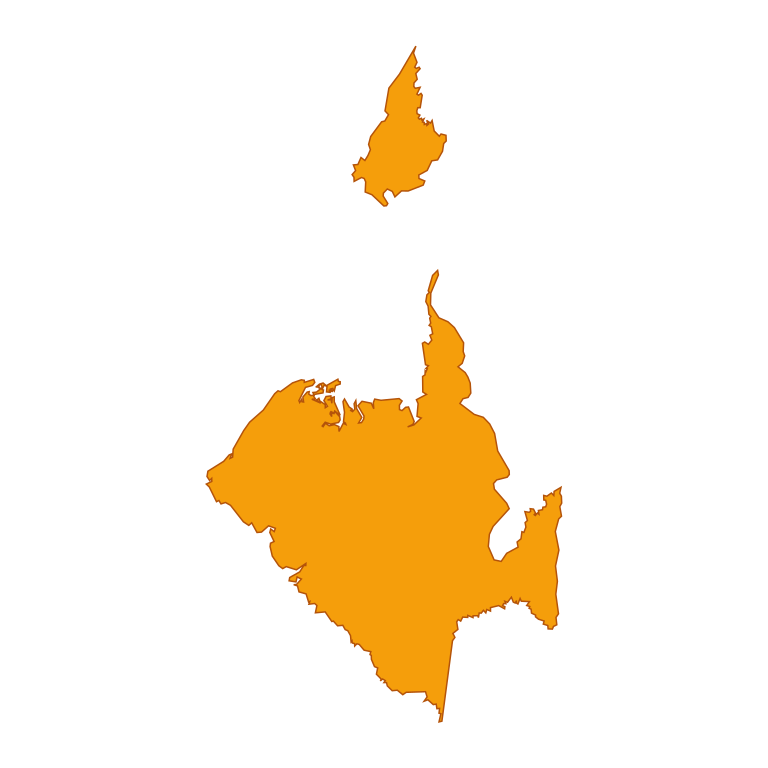 outline of Tumaco, Nariño, Colombia
{"feature_id": "7082276B11470740818947", "entity_name": "Tumaco", "entity_type": "district", "adm_level": 2, "iso_a3": "COL", "parent_name": "Colombia", "parent_adm1": "Nariño", "projection": "robinson", "projection_center": [-78.664, 1.822], "detail": "fine", "context": "isolated", "style": "filled", "palette": "amber", "viewbox_px": 768, "rotation_deg": 0, "n_neighbors": 0, "source": "geoboundaries", "source_scale": "gbopen_adm2", "svg_char_len": 6113}
<svg xmlns="http://www.w3.org/2000/svg" viewBox="0 0 768 768"><path d="M561.0,487.3L554.1,491.4L553.8,495.5L551.4,493.0L546.9,496.2L543.7,495.4L543.8,500.0L545.7,500.3L546.6,504.2L545.7,506.8L542.9,507.2L542.5,509.7L538.4,510.5L538.9,514.2L537.5,513.0L535.3,515.5L534.2,514.7L535.5,513.1L533.5,509.1L530.2,508.7L530.6,511.3L529.2,512.3L524.9,511.6L527.4,520.5L525.1,522.6L525.9,527.1L523.9,532.4L521.9,531.7L521.0,538.8L517.1,542.0L518.1,547.1L506.7,553.3L501.2,561.4L494.1,559.9L488.3,546.5L489.4,534.3L493.1,526.4L509.2,508.7L506.7,503.3L494.4,489.2L493.5,483.5L496.7,479.9L507.2,477.2L509.3,474.5L509.1,470.6L497.7,451.0L494.6,433.5L489.7,424.0L483.3,417.3L474.2,414.4L459.9,403.5L463.0,398.7L468.1,397.4L470.8,393.1L470.2,383.1L467.9,377.1L465.2,372.6L458.0,366.8L462.2,363.3L464.7,355.9L463.2,351.6L463.6,342.8L454.4,327.6L448.0,321.8L438.9,317.8L430.5,304.9L430.8,293.1L438.4,274.9L437.6,270.4L432.6,275.4L428.2,290.8L429.3,292.4L426.9,294.9L425.8,301.6L428.1,306.1L428.9,314.3L430.9,316.4L429.7,318.2L430.7,323.1L429.1,325.4L431.3,326.7L432.7,333.8L429.9,335.3L431.8,340.1L428.4,344.3L424.7,342.0L422.4,343.3L425.5,364.7L428.4,365.7L426.0,368.4L427.3,368.8L425.9,371.8L425.2,370.8L425.0,374.9L422.6,376.5L422.8,392.0L426.5,394.4L416.4,399.7L418.1,403.6L417.0,416.4L421.2,418.0L413.9,424.9L407.6,426.9L412.9,424.4L414.2,421.5L408.5,407.0L405.6,407.3L402.0,410.6L399.5,409.6L399.4,405.2L402.1,401.0L399.1,398.6L381.0,400.3L374.7,399.1L373.3,402.8L373.8,408.8L371.3,403.2L362.0,401.3L358.0,405.7L364.0,416.0L363.7,419.1L361.5,422.6L358.6,423.0L361.8,417.4L356.6,408.6L355.8,400.6L354.1,403.8L354.8,409.1L352.6,411.6L350.1,410.2L352.2,410.3L352.1,409.0L349.1,407.0L344.5,399.0L343.0,401.6L344.5,412.3L343.5,421.7L345.4,423.1L345.9,424.5L343.3,423.2L339.0,431.5L338.9,426.6L334.4,424.6L329.2,425.8L325.4,423.3L323.1,426.7L322.2,426.0L325.2,422.2L330.6,424.1L338.5,422.5L340.1,419.9L339.7,416.7L334.9,411.5L334.0,413.6L332.0,413.1L330.8,412.1L330.3,413.8L331.3,413.7L331.6,414.1L331.7,416.6L330.1,413.8L330.4,412.3L331.1,411.6L334.0,413.2L334.7,411.0L340.2,415.3L334.3,401.9L334.2,396.9L332.2,397.6L331.8,403.3L331.2,399.7L327.5,400.0L331.1,398.8L330.9,395.9L326.0,396.5L323.9,400.6L327.5,406.3L325.3,407.7L325.2,404.6L319.8,400.9L318.9,398.3L316.7,400.1L320.8,403.2L311.8,399.2L315.5,399.0L313.7,396.4L314.5,394.4L323.0,392.9L323.5,390.0L322.1,389.5L324.1,385.2L327.0,386.4L326.5,391.9L329.9,392.3L329.2,390.2L329.9,390.0L330.3,391.9L331.9,390.5L332.4,392.0L332.7,390.3L330.7,389.8L330.4,389.0L332.8,388.4L334.3,390.9L335.6,385.6L340.2,384.0L340.2,381.7L338.4,381.4L337.9,379.2L326.3,385.7L323.1,383.0L319.5,384.1L315.7,387.3L317.0,386.6L319.3,388.1L320.3,388.0L318.9,387.6L319.2,385.1L321.2,384.3L322.2,387.5L316.5,392.1L312.9,392.5L314.1,395.1L310.9,395.6L308.8,394.1L309.2,391.6L307.1,392.1L302.9,397.0L303.6,402.0L302.0,401.8L301.6,399.4L299.7,402.5L298.9,400.6L305.5,387.4L312.5,385.4L314.8,382.4L313.7,379.4L304.3,382.4L304.3,380.3L301.3,379.8L292.5,382.9L280.4,391.7L278.0,390.8L274.7,393.7L263.3,410.1L249.6,422.2L243.7,430.6L233.2,449.1L232.6,457.2L230.1,458.4L231.7,453.9L229.2,454.9L223.7,461.3L207.9,471.2L207.0,476.5L209.6,480.5L211.7,478.4L211.8,481.4L206.3,484.1L209.3,487.0L216.5,501.7L218.9,500.5L221.0,503.9L225.5,502.5L230.5,505.3L243.4,521.8L248.8,525.4L251.7,522.8L257.0,532.5L261.5,532.1L268.6,525.8L275.4,528.3L274.2,531.6L270.7,529.0L269.8,532.5L274.1,541.5L270.5,543.2L270.1,546.6L272.3,556.1L278.8,565.7L282.7,568.6L286.2,566.6L296.4,569.8L305.9,563.4L305.8,565.5L303.8,565.5L299.7,571.9L289.7,577.5L289.1,580.8L296.0,581.9L297.1,577.0L301.4,579.0L296.6,584.4L293.7,584.7L297.5,585.9L299.0,591.9L306.1,593.9L308.6,602.0L309.8,601.5L308.9,604.2L314.7,603.5L316.9,605.5L315.4,612.8L325.2,611.9L331.8,621.5L333.4,621.1L337.6,625.8L342.8,625.3L345.2,629.6L347.8,630.7L350.5,635.6L351.1,641.9L352.0,640.8L352.3,643.0L354.6,643.6L354.7,646.0L356.9,643.8L359.3,644.5L364.1,650.2L370.8,651.6L370.0,654.6L371.3,655.4L371.4,659.3L374.5,666.6L377.7,667.9L376.4,674.2L381.3,679.2L380.3,680.9L382.6,679.0L385.3,680.6L383.9,682.6L386.5,682.6L387.3,685.9L392.2,690.7L397.3,690.2L402.8,694.7L406.2,692.3L425.5,691.7L427.1,696.9L424.1,701.2L427.9,699.8L433.3,704.6L436.2,704.1L436.9,708.7L439.6,708.4L439.0,713.2L440.9,713.7L439.0,721.9L441.9,721.2L452.5,640.7L454.9,637.4L452.9,633.4L457.9,629.4L456.7,621.8L458.2,619.6L460.7,621.1L462.7,617.1L467.7,617.4L467.8,615.4L473.0,617.6L473.1,615.8L477.8,615.7L478.4,617.6L479.2,613.0L481.3,613.1L483.4,610.3L485.8,612.9L486.8,609.5L490.5,611.1L490.5,607.6L498.7,605.6L504.6,608.8L504.9,606.7L502.6,605.6L503.6,603.6L505.9,603.7L504.9,601.3L507.5,602.3L511.4,597.2L513.3,602.1L515.2,603.0L516.6,600.5L516.0,602.8L517.9,604.0L520.1,598.5L521.3,601.2L529.4,601.6L526.7,605.5L529.8,606.5L529.1,608.3L531.1,609.2L531.5,613.1L535.6,615.1L535.5,616.8L538.5,619.2L544.1,621.0L543.3,624.1L547.8,625.5L548.1,628.9L552.4,629.1L553.5,626.4L556.8,624.8L556.0,617.4L558.5,613.8L555.8,594.2L557.4,581.3L555.5,566.0L558.9,550.1L555.3,531.5L558.7,518.9L561.5,516.2L559.8,506.6L561.7,503.1L561.4,496.2L559.7,493.2L561.0,487.3ZM417.0,62.3L413.5,53.1L415.9,46.1L399.5,74.1L388.9,88.1L385.0,110.9L388.5,114.7L384.8,121.0L381.6,121.8L370.7,136.5L368.6,144.4L370.4,149.7L368.0,155.4L364.9,160.5L361.0,157.5L357.9,164.5L353.4,164.9L355.6,170.6L352.1,174.6L354.0,177.3L354.1,181.4L361.5,177.5L364.2,178.5L365.7,181.9L365.2,192.0L371.9,194.7L383.9,206.0L386.5,205.7L387.8,203.5L383.2,196.1L383.4,193.1L387.3,189.0L392.3,191.4L394.9,196.9L401.5,190.9L408.1,191.0L423.2,185.1L424.8,181.0L419.0,178.5L418.8,175.0L427.2,170.4L431.8,160.8L437.6,159.9L442.5,151.3L443.7,143.5L446.2,141.0L446.0,135.3L441.0,134.0L439.3,136.2L434.2,131.0L432.1,120.5L430.5,123.1L426.6,120.4L428.5,124.0L426.9,125.4L426.6,123.5L424.3,124.5L424.2,122.4L422.5,122.0L423.9,118.9L421.9,120.0L421.4,118.3L419.4,119.2L418.3,117.9L419.9,115.1L417.1,113.7L416.8,110.8L417.8,107.7L420.2,107.7L422.2,95.2L421.0,93.4L418.5,95.2L416.9,94.1L420.1,87.3L415.3,88.3L413.8,86.5L414.0,82.9L417.2,79.3L415.8,73.5L420.1,68.7L419.1,67.2L416.3,68.4L414.7,67.2L417.0,62.3Z" fill="#f59e0b" stroke="#b45309" stroke-width="1.5"/></svg>